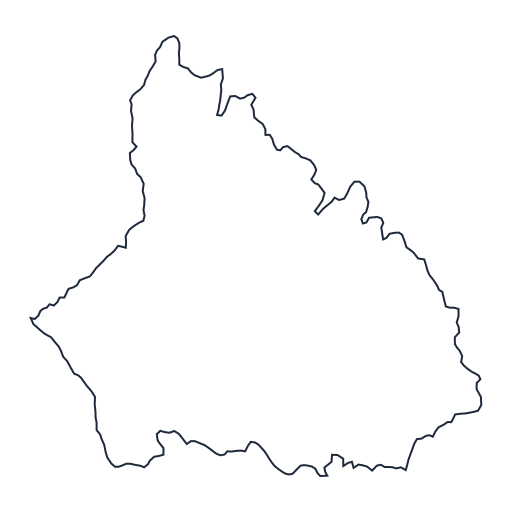 outline of Pocrane, Minas Gerais, Brazil
{"feature_id": "56859067B31563261400797", "entity_name": "Pocrane", "entity_type": "district", "adm_level": 2, "iso_a3": "BRA", "parent_name": "Brazil", "parent_adm1": "Minas Gerais", "projection": "equal_earth", "projection_center": [-41.556, -19.555], "detail": "fine", "context": "isolated", "style": "outline", "palette": "slate", "viewbox_px": 512, "rotation_deg": 0, "n_neighbors": 0, "source": "geoboundaries", "source_scale": "gbopen_adm2", "svg_char_len": 4193}
<svg xmlns="http://www.w3.org/2000/svg" viewBox="0 0 512 512"><path d="M402.1,234.8L399.0,232.6L394.6,232.8L389.5,233.8L386.3,238.0L383.1,239.4L382.4,234.8L381.3,227.7L383.3,222.8L381.3,218.4L377.3,216.9L372.9,217.4L369.1,217.7L366.4,222.5L362.9,223.5L361.3,219.1L363.3,214.5L366.0,212.2L367.7,206.6L368.4,201.9L366.5,197.5L366.2,192.5L364.4,186.3L359.5,181.7L354.4,181.7L350.3,186.6L347.1,193.7L344.2,198.6L339.0,200.0L334.5,197.6L331.7,201.7L327.4,205.2L323.1,208.8L318.2,214.5L314.8,211.1L318.6,206.1L322.5,200.2L324.6,192.9L321.0,188.0L318.2,184.4L315.0,183.3L311.3,179.5L314.3,174.8L316.2,170.0L314.3,165.3L310.4,160.4L305.3,158.2L301.1,157.0L298.6,154.2L295.1,152.2L290.9,148.8L287.5,146.1L283.1,147.1L280.3,150.3L276.9,149.7L273.9,144.4L272.3,138.9L269.8,134.9L265.4,134.9L265.4,129.4L262.8,124.1L258.1,120.7L254.3,117.3L253.5,109.4L251.3,104.8L255.5,97.7L252.3,93.8L247.6,95.2L244.1,97.7L240.0,98.6L235.3,96.0L230.2,96.4L227.7,102.8L224.9,110.7L221.5,115.6L217.1,115.0L218.6,109.5L219.3,104.8L220.2,100.4L220.7,94.8L221.3,90.1L220.9,84.4L222.9,78.4L222.2,69.1L217.6,70.0L212.5,73.7L209.3,75.6L205.6,76.6L201.2,77.7L194.5,75.2L190.9,72.2L187.8,68.3L183.6,67.1L179.3,64.7L179.3,59.1L178.9,53.1L179.5,47.3L179.2,42.8L177.3,38.3L174.0,36.0L168.4,37.7L162.5,41.7L160.0,47.2L157.1,50.3L155.1,54.7L155.6,61.4L152.6,66.6L149.6,71.0L147.8,75.6L145.5,79.7L144.0,85.0L140.2,89.4L135.6,92.8L132.7,95.5L130.1,100.4L131.6,104.4L131.0,110.8L132.6,118.5L132.0,125.4L132.5,133.6L132.4,142.2L136.5,146.6L133.6,150.1L129.9,153.0L130.2,159.9L131.6,164.5L135.2,168.6L137.1,173.9L140.7,177.3L143.7,183.8L142.7,191.0L144.6,198.1L144.2,205.2L143.5,210.0L144.6,215.8L143.3,220.8L139.4,222.5L134.0,226.0L129.3,229.7L125.6,236.1L126.1,241.7L125.8,247.7L121.6,246.6L118.1,245.8L114.6,250.5L110.9,253.9L107.0,256.8L103.6,260.7L100.1,264.2L96.1,268.1L93.0,272.5L89.9,276.4L85.2,278.1L79.7,280.3L77.0,285.2L73.2,287.4L68.6,288.8L66.2,293.5L64.4,297.5L59.6,297.5L57.5,301.9L53.9,305.5L49.5,304.3L46.7,307.7L43.2,308.7L40.3,311.1L38.3,315.8L34.7,319.0L30.7,318.0L33.4,324.1L37.1,327.3L40.4,330.3L44.2,333.4L47.3,335.3L50.8,337.0L54.9,342.0L58.8,346.7L61.1,351.1L63.1,356.7L67.2,361.1L70.9,368.1L74.1,373.6L78.1,375.3L81.0,377.7L83.4,381.1L87.0,386.1L91.2,390.9L95.0,396.8L94.7,404.5L95.4,411.0L95.6,417.3L96.6,422.9L96.6,430.1L100.2,434.5L101.6,439.1L104.2,444.8L105.6,451.8L107.4,457.7L111.3,463.5L115.1,466.8L118.9,466.7L123.1,465.1L126.4,463.7L130.6,463.8L135.7,465.0L139.9,465.6L144.2,467.3L147.9,464.3L149.9,460.6L154.2,456.7L158.8,456.0L163.4,454.7L163.5,448.1L159.9,443.7L157.6,440.3L156.8,434.2L160.3,430.8L164.3,432.0L169.3,432.8L174.3,431.0L178.9,433.9L182.1,437.9L186.7,444.0L190.9,441.1L194.7,441.1L199.4,443.0L204.3,445.0L207.8,447.3L212.6,450.9L216.3,453.7L220.4,455.3L224.6,454.5L227.3,451.3L231.2,451.6L236.1,450.9L241.0,450.6L245.2,451.3L247.7,446.2L250.8,441.8L255.0,442.5L258.3,444.5L261.7,448.1L264.7,451.6L267.0,455.0L269.4,459.0L271.9,462.6L274.3,465.7L278.3,469.0L282.3,471.8L285.6,473.7L289.1,474.5L292.7,473.7L296.7,469.5L300.5,465.7L304.2,465.1L307.7,465.6L311.8,466.5L315.3,468.7L317.5,473.1L320.3,476.0L327.3,475.7L325.2,471.9L324.4,467.5L327.9,464.8L331.5,461.8L332.0,454.8L337.5,455.0L343.2,458.7L343.3,466.0L348.1,462.9L351.9,461.8L353.6,467.9L358.5,464.6L361.9,465.1L367.0,466.5L372.1,470.6L376.9,465.6L381.0,464.8L384.6,467.0L388.3,467.0L392.4,467.2L396.4,468.4L400.9,467.3L405.7,470.1L407.1,465.3L408.4,459.9L410.6,453.8L412.3,449.2L414.3,443.7L416.9,439.1L421.5,438.6L425.9,435.9L429.4,435.2L432.8,436.7L435.2,431.8L438.5,427.3L443.7,424.7L447.6,422.0L451.2,422.2L453.2,418.6L455.2,414.4L461.0,413.7L465.8,413.4L470.2,412.6L474.5,411.7L478.0,410.7L481.3,405.0L480.9,397.0L478.8,393.1L476.6,389.0L476.7,383.1L480.4,379.2L478.6,375.5L474.8,373.3L471.5,371.6L467.7,368.9L464.0,365.7L461.1,362.0L462.2,356.1L459.6,350.6L457.1,347.8L454.9,344.1L454.8,337.3L459.2,332.5L458.6,326.8L456.7,322.4L458.5,316.5L458.5,308.9L454.0,307.7L449.6,307.7L445.8,306.4L444.0,299.2L442.3,291.8L439.1,290.0L436.9,285.2L433.2,279.7L429.4,275.0L427.4,270.3L425.9,264.7L424.2,259.4L418.1,258.5L413.7,252.7L410.6,250.2L406.5,247.3L404.2,240.2L402.1,234.8Z" fill="none" stroke="#1e293b" stroke-width="2"/></svg>